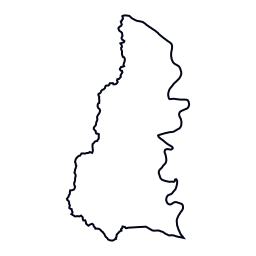 São Salvador do Tocantins, Tocantins, Brazil
{"feature_id": "56859067B16316133486667", "entity_name": "São Salvador do Tocantins", "entity_type": "district", "adm_level": 2, "iso_a3": "BRA", "parent_name": "Brazil", "parent_adm1": "Tocantins", "projection": "orthographic", "projection_center": [-48.352, -12.54], "detail": "fine", "context": "isolated", "style": "outline", "palette": "ink", "viewbox_px": 256, "rotation_deg": 0, "n_neighbors": 0, "source": "geoboundaries", "source_scale": "gbopen_adm2", "svg_char_len": 5822}
<svg xmlns="http://www.w3.org/2000/svg" viewBox="0 0 256 256"><path d="M83.3,220.4L85.2,220.3L85.8,222.0L86.1,223.7L87.4,224.9L88.4,225.7L89.5,224.9L90.6,224.3L92.2,223.8L93.4,224.8L93.9,226.6L95.0,227.5L95.4,228.7L96.6,228.6L97.8,228.7L98.9,228.9L100.0,229.5L101.1,230.6L101.9,231.5L102.8,232.0L103.4,233.0L104.3,234.0L105.3,236.2L106.0,237.0L107.1,238.0L108.2,239.5L109.6,240.2L112.0,240.6L113.5,240.3L114.8,239.3L116.1,238.8L115.8,237.7L116.6,236.6L116.6,234.9L117.4,233.8L118.2,233.1L119.0,232.0L120.3,231.1L121.5,230.6L121.0,229.2L122.1,228.3L122.5,226.5L123.9,226.8L125.1,227.1L125.7,228.1L126.8,228.1L128.2,227.7L139.6,227.0L142.2,226.9L145.9,226.7L152.3,230.4L154.1,230.7L155.4,230.6L156.5,230.5L157.9,230.5L159.4,230.7L161.0,231.4L162.2,231.7L163.6,232.4L165.2,233.6L166.6,234.3L167.7,234.8L168.9,235.4L170.1,235.4L171.2,235.2L172.6,235.3L173.8,235.5L176.9,236.5L178.7,236.9L181.1,237.3L182.1,237.6L183.6,237.9L182.7,236.7L181.0,234.7L180.5,233.8L180.0,232.7L179.4,231.4L178.7,229.9L178.1,228.4L177.8,227.2L177.1,225.5L177.0,223.9L176.9,222.7L176.7,221.0L176.9,219.4L177.4,218.1L178.0,216.7L178.5,215.5L179.3,214.4L180.1,213.0L180.9,211.8L181.7,210.9L182.5,209.6L183.0,208.3L183.0,207.0L182.8,205.4L182.0,204.1L180.8,203.6L176.7,202.2L174.9,202.1L173.2,202.8L171.8,203.9L170.4,204.5L168.7,204.2L167.4,203.2L166.7,201.9L166.2,200.1L166.3,198.6L166.7,197.2L167.3,196.2L168.0,195.3L169.4,194.7L170.9,194.2L171.9,193.5L172.7,192.6L173.6,191.4L174.5,190.4L175.4,189.3L175.9,188.1L176.2,187.1L176.6,185.9L176.9,184.6L177.1,183.3L177.2,181.9L177.1,180.5L176.1,179.2L175.0,179.6L174.8,181.1L173.9,181.8L172.4,181.7L170.6,181.7L169.3,181.8L168.1,181.6L167.1,181.3L165.9,181.1L164.9,180.8L163.6,180.4L162.5,179.9L161.6,179.4L160.6,178.3L160.0,177.0L159.6,175.4L158.9,173.6L158.8,172.4L158.9,171.2L159.4,170.2L160.1,169.3L161.1,168.4L161.9,167.6L162.5,166.7L163.2,165.6L164.3,164.5L165.4,163.3L165.9,162.2L166.3,160.7L166.3,159.1L166.1,157.8L165.9,156.4L165.6,155.1L165.1,153.6L164.6,152.3L164.6,151.2L165.2,149.8L166.6,149.1L168.2,149.2L169.6,149.4L170.9,149.6L171.9,149.2L172.8,148.2L172.2,146.9L171.0,146.1L167.6,144.1L165.9,142.8L163.9,141.1L163.0,140.3L161.8,139.5L160.8,138.8L159.8,138.0L158.6,136.9L158.1,135.5L159.2,134.9L160.3,134.6L163.0,133.8L164.4,133.4L165.4,133.1L166.6,132.9L168.2,132.5L170.2,132.1L171.8,132.0L173.2,131.8L174.4,131.3L175.3,130.7L178.6,128.8L179.6,128.3L180.5,127.0L181.1,125.7L181.4,124.0L181.4,121.4L181.1,120.1L180.8,118.9L180.2,117.8L179.5,116.4L179.1,114.8L179.2,113.4L180.0,111.9L181.2,111.0L182.4,110.5L183.5,110.0L184.9,109.4L186.7,108.7L187.9,107.8L188.7,106.3L189.1,104.7L189.0,103.3L188.6,101.7L187.7,100.2L186.2,99.7L184.6,99.6L183.3,99.6L182.1,99.6L180.8,99.6L179.6,99.5L178.1,99.3L176.8,99.2L175.6,99.0L174.0,98.8L172.6,98.8L171.3,99.0L170.0,99.1L169.0,98.6L168.6,97.2L168.3,95.9L168.2,94.8L168.2,93.6L168.5,92.4L168.9,90.9L169.5,89.4L170.2,88.3L171.3,86.9L172.3,85.8L173.1,84.6L174.1,83.4L176.3,81.4L177.4,80.3L178.3,79.4L179.2,78.5L179.9,77.4L180.4,76.4L180.9,75.4L181.2,74.1L181.3,73.0L181.1,71.6L180.6,70.0L180.1,68.4L179.6,67.4L179.0,66.5L177.8,65.6L176.7,65.0L175.8,64.5L174.8,63.9L174.0,63.3L173.1,62.3L172.3,60.8L171.7,59.1L171.4,57.6L171.2,56.4L171.1,54.8L171.2,52.8L171.4,51.4L171.7,50.2L172.0,48.5L172.1,46.5L171.9,45.1L171.5,44.1L170.9,43.3L169.5,42.2L168.4,41.5L167.5,40.9L164.9,38.9L163.8,38.1L162.8,37.3L161.6,36.4L160.2,35.2L158.9,34.1L157.8,32.8L156.3,31.6L155.2,30.7L152.2,28.8L151.1,27.9L150.1,27.4L147.8,25.7L146.5,24.9L145.7,24.1L144.8,23.4L143.9,22.8L142.7,22.0L141.2,21.6L139.7,21.3L137.9,21.0L136.6,20.7L135.3,20.1L134.2,19.5L133.2,19.0L132.0,18.3L131.0,17.5L130.2,16.6L129.2,15.9L128.0,15.7L126.6,15.5L125.1,15.4L123.5,15.6L122.3,16.2L122.9,17.8L122.9,18.9L122.1,19.7L121.8,20.8L120.8,21.4L121.2,22.8L121.8,24.5L121.0,26.0L119.7,26.6L118.4,28.0L118.8,29.8L119.7,31.1L120.8,31.7L122.0,32.9L122.2,34.3L122.5,35.9L121.7,37.3L121.6,38.6L122.3,39.7L123.4,40.3L124.4,41.1L123.8,42.3L122.3,42.7L120.4,43.4L121.6,45.1L122.0,46.8L121.1,47.9L121.3,49.6L122.0,51.1L122.0,52.6L122.0,54.3L122.5,56.0L123.1,57.1L124.1,57.3L124.8,58.8L124.8,60.2L124.5,61.7L123.9,63.3L123.5,65.0L124.1,66.2L122.6,66.8L121.1,66.9L120.5,67.8L119.8,69.1L120.6,70.5L122.1,70.9L122.4,72.4L121.7,73.3L121.1,74.5L120.6,75.6L120.8,76.9L119.9,77.9L118.9,79.0L117.4,79.2L117.0,80.6L117.7,82.0L116.8,83.4L115.7,84.1L114.5,84.3L113.4,84.3L112.8,83.1L111.3,83.2L109.8,83.3L109.2,84.8L108.4,85.5L107.0,85.5L105.7,85.8L105.2,87.0L104.9,88.2L103.7,89.3L102.3,89.9L101.2,91.0L100.7,92.4L100.0,93.3L98.6,93.8L98.3,94.8L98.7,95.8L99.3,96.9L99.0,98.3L99.3,99.7L99.3,101.4L99.2,103.0L98.2,103.5L97.7,104.7L97.6,106.4L98.3,108.1L99.4,108.9L100.1,110.5L99.7,112.3L98.9,113.8L98.0,114.9L97.4,116.2L97.0,117.5L97.4,119.0L97.1,120.6L96.5,121.7L96.1,123.3L95.8,125.2L94.9,126.2L93.9,127.5L93.7,128.8L94.8,130.3L95.8,131.3L95.8,132.7L96.5,133.7L97.8,133.7L98.9,134.3L98.7,135.8L98.8,137.4L98.7,138.7L97.8,139.7L97.2,141.0L95.8,141.2L94.8,141.6L93.9,142.9L92.6,144.1L92.5,146.0L92.6,147.7L92.9,150.3L92.7,151.7L92.0,152.9L90.9,152.4L89.7,152.0L88.6,152.9L86.6,153.1L84.7,153.6L83.1,153.4L81.5,153.5L80.7,154.7L80.0,155.7L78.9,155.9L77.7,156.7L76.0,158.7L75.5,160.1L75.0,162.0L75.7,163.2L75.7,164.7L76.4,165.8L75.9,167.0L75.7,168.3L75.1,169.3L75.0,170.9L74.4,172.7L75.5,174.4L75.7,176.1L75.2,177.6L75.1,179.1L75.0,180.4L74.8,181.6L74.2,182.6L74.2,184.2L74.4,185.4L75.1,186.5L74.8,187.9L74.0,189.5L72.8,190.0L71.4,190.3L70.1,190.4L69.9,192.1L69.8,194.0L68.9,195.4L68.5,196.7L66.9,198.9L67.4,200.1L68.4,200.7L69.1,202.2L69.2,204.2L69.9,205.4L69.5,206.6L69.3,208.0L70.4,208.8L71.7,209.2L71.9,210.9L72.6,212.2L72.2,213.3L71.4,214.1L72.5,214.9L73.7,215.5L74.7,216.3L75.8,216.4L77.0,216.1L78.2,216.3L79.6,216.3L81.0,215.6L81.8,216.4L82.7,217.3L82.8,219.0L83.3,220.4Z" fill="none" stroke="#020617" stroke-width="2"/></svg>